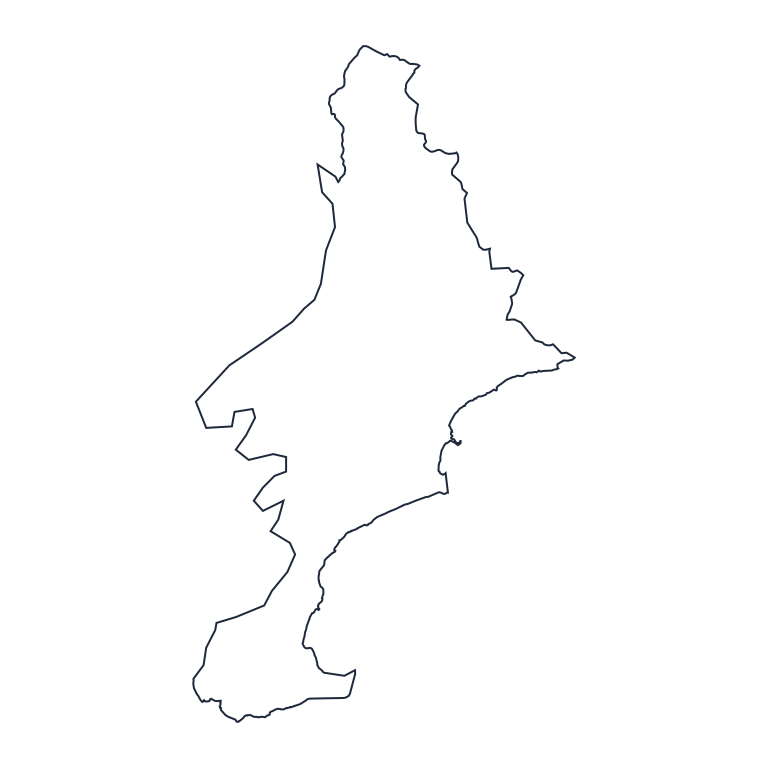 outline of Sekondi Takoradi Metropolis, Western, Ghana
{"feature_id": "2480657B3368374944964", "entity_name": "Sekondi Takoradi Metropolis", "entity_type": "district", "adm_level": 2, "iso_a3": "GHA", "parent_name": "Ghana", "parent_adm1": "Western", "projection": "robinson", "projection_center": [-1.732, 4.961], "detail": "fine", "context": "isolated", "style": "outline", "palette": "slate", "viewbox_px": 768, "rotation_deg": 0, "n_neighbors": 0, "source": "geoboundaries", "source_scale": "gbopen_adm2", "svg_char_len": 6071}
<svg xmlns="http://www.w3.org/2000/svg" viewBox="0 0 768 768"><path d="M419.4,65.7L417.3,64.5L413.3,63.9L410.6,64.0L408.9,63.4L404.7,60.3L403.0,59.7L400.0,60.0L398.4,57.7L396.1,56.4L393.7,56.0L391.4,56.2L390.3,56.7L389.3,56.4L387.3,54.2L386.3,54.3L385.1,55.1L384.2,55.2L375.9,51.2L368.3,46.9L366.2,46.2L364.7,46.1L363.2,46.1L360.1,49.2L359.2,50.5L357.2,55.3L354.3,57.9L348.8,64.3L348.3,66.2L347.0,68.5L345.0,71.2L344.0,75.8L344.5,79.8L344.4,84.3L343.8,86.1L341.5,88.0L338.7,88.9L337.3,90.0L334.7,93.4L332.1,94.7L330.3,96.2L329.6,98.5L329.6,100.5L328.9,103.0L329.1,104.3L330.9,107.7L331.3,113.0L331.8,114.2L334.0,113.9L334.9,114.8L335.1,115.7L334.9,117.1L335.8,118.6L339.1,122.0L343.3,127.1L343.6,129.9L343.3,132.0L342.0,134.3L342.8,140.7L342.0,143.6L342.3,146.0L343.4,148.2L343.5,150.5L342.6,153.8L341.8,154.9L341.4,156.4L341.4,157.3L343.5,160.2L343.7,161.0L343.1,164.1L344.9,167.1L345.2,169.9L344.3,174.2L343.4,174.9L342.2,176.5L340.3,178.0L339.4,180.8L338.2,182.0L335.4,176.6L317.6,164.5L322.1,192.2L332.5,203.8L335.0,227.1L326.0,250.4L320.9,283.8L314.4,299.8L304.1,308.6L292.5,321.7L261.6,343.5L229.4,365.3L195.9,401.7L206.2,427.9L231.9,426.4L234.5,411.9L252.6,409.0L255.1,417.7L246.1,435.2L235.8,449.7L248.7,459.9L273.2,454.1L286.1,457.0L286.1,471.6L274.5,475.9L262.9,487.6L253.8,500.7L262.9,510.9L283.5,500.7L278.3,519.6L270.6,531.2L289.9,542.9L295.1,554.5L287.4,572.0L271.9,590.9L264.2,605.5L235.8,617.1L216.5,622.9L215.2,630.2L206.2,647.7L203.6,665.1L193.6,678.6L193.4,679.0L193.6,680.4L193.3,684.0L194.0,688.2L196.7,693.8L198.4,696.1L200.3,699.7L201.5,701.2L202.3,701.9L203.4,701.5L203.6,700.6L204.1,700.2L204.6,700.9L206.1,701.6L209.3,701.1L210.1,699.3L211.1,698.7L212.1,699.5L212.5,699.5L215.2,701.0L216.5,701.1L220.7,700.8L220.5,701.6L220.7,702.4L220.3,702.9L220.5,703.2L220.3,705.5L219.7,706.3L220.1,707.6L221.0,708.0L220.7,708.8L221.1,710.2L225.0,714.6L226.7,715.9L228.3,716.8L235.4,719.6L236.3,721.3L237.1,721.8L237.8,721.9L238.9,721.1L239.2,721.3L243.0,718.2L244.9,715.9L246.8,715.3L247.2,715.5L247.6,715.1L249.8,715.2L250.4,715.0L254.1,716.9L256.6,716.8L257.4,717.2L259.7,717.2L260.0,716.9L262.3,716.8L265.1,717.2L267.2,715.5L269.5,714.8L269.8,714.0L269.8,712.5L270.7,711.8L272.6,711.1L275.1,709.6L278.1,708.7L279.6,709.1L280.1,709.0L280.5,709.3L284.0,709.3L285.7,708.3L286.9,707.9L287.2,708.2L289.2,707.5L289.6,707.2L290.4,707.0L290.8,707.3L291.1,707.0L291.9,707.0L294.4,705.9L294.7,706.1L295.4,705.7L299.9,704.2L305.0,701.1L307.2,699.4L309.6,698.6L343.4,698.0L345.7,697.6L348.5,696.0L349.8,694.2L355.2,673.8L355.0,670.2L344.4,675.8L324.0,672.7L322.7,671.6L322.0,670.5L319.4,668.5L318.4,667.3L318.0,666.0L317.2,664.9L317.3,663.3L315.8,657.5L314.4,654.7L314.4,654.0L313.8,652.4L311.9,648.7L310.2,647.8L307.5,648.3L305.6,648.2L304.1,646.8L302.6,643.5L303.3,641.6L303.3,640.4L304.6,636.0L304.7,634.5L305.4,631.2L306.0,630.0L306.7,626.4L308.9,620.1L309.5,619.2L309.4,618.4L310.4,616.2L312.2,613.1L313.1,613.1L313.8,612.5L315.6,609.5L317.4,608.9L318.6,610.0L319.3,609.1L318.3,607.6L317.9,606.0L318.4,605.5L318.6,604.0L321.6,601.5L322.2,600.3L322.4,598.8L321.9,598.3L323.4,593.5L323.3,589.2L322.0,587.6L320.6,586.5L319.8,584.4L319.0,582.0L319.1,580.4L318.6,579.9L318.6,576.5L319.5,570.9L324.1,565.1L324.7,560.3L327.7,557.1L328.8,556.4L329.6,555.3L331.0,554.4L331.7,553.5L334.7,551.9L335.3,550.8L334.3,550.4L334.3,549.3L334.7,548.2L337.7,544.5L338.3,543.1L339.5,541.7L339.3,540.3L340.9,539.9L344.1,537.0L346.1,533.8L348.7,532.0L349.6,532.1L350.4,531.4L351.0,531.4L351.5,530.7L352.3,530.8L353.1,530.3L356.9,529.0L357.2,528.4L364.6,524.8L365.3,524.8L366.3,525.4L367.3,525.3L368.0,524.8L368.3,524.1L370.0,523.4L371.4,522.5L373.6,519.8L377.2,517.0L385.2,513.6L389.4,511.5L395.3,509.2L404.7,504.6L408.1,503.8L416.2,500.5L425.7,497.1L428.0,496.9L439.0,492.2L441.1,492.7L443.3,493.8L445.0,493.9L447.5,492.4L447.9,492.5L445.6,473.1L444.5,474.1L443.0,474.7L440.8,473.7L439.8,472.8L439.6,471.8L438.5,470.8L438.7,465.7L439.3,462.5L440.1,461.4L440.5,459.8L440.3,457.5L441.5,450.8L444.1,445.6L445.8,443.3L446.5,443.4L449.1,441.8L449.8,440.8L451.7,441.1L455.7,443.3L457.7,445.1L459.2,444.4L460.6,443.0L460.6,441.0L460.3,441.0L458.9,443.4L455.7,442.4L455.0,440.7L453.9,439.3L451.4,438.7L451.1,437.7L452.4,436.1L450.9,434.1L451.2,432.1L452.2,431.9L451.8,430.1L450.9,429.0L450.4,427.5L449.1,425.5L450.9,421.2L455.2,413.5L457.2,411.8L459.6,408.7L462.0,407.3L463.8,405.9L464.7,406.0L466.0,403.7L468.7,401.6L470.5,400.7L473.0,400.4L474.8,398.5L475.8,398.7L476.6,397.8L478.8,396.4L481.1,396.4L485.5,394.9L487.1,393.1L489.2,392.7L494.0,389.6L496.0,390.5L496.6,390.3L496.9,388.9L496.7,387.7L497.7,386.2L501.3,383.8L506.3,379.9L512.7,377.1L513.9,377.1L517.6,375.7L518.6,375.7L519.4,376.1L522.8,376.0L523.9,375.5L524.5,374.7L527.9,372.7L532.4,372.6L533.5,372.1L535.3,372.0L536.9,372.3L538.9,370.6L540.1,371.5L541.7,371.4L542.6,371.0L552.0,370.5L553.5,369.8L556.4,369.2L558.3,368.5L557.6,367.5L557.4,365.5L557.5,364.1L563.6,360.5L568.0,360.7L572.6,359.6L574.7,357.6L566.6,352.7L561.5,353.2L553.1,344.3L550.0,345.4L546.9,345.2L544.2,344.3L542.5,342.5L535.2,340.4L521.0,322.5L514.2,319.4L514.0,319.6L512.0,319.5L508.7,319.9L506.6,319.7L507.6,314.6L509.6,311.5L512.2,303.7L511.5,299.0L510.7,296.7L513.9,294.9L516.0,293.0L520.9,279.4L523.3,275.2L521.0,273.0L517.2,270.4L512.9,271.9L511.4,271.3L508.7,267.9L491.5,268.8L489.3,251.6L490.0,248.7L485.4,249.8L483.1,249.6L479.4,246.7L477.7,241.6L477.3,239.4L476.4,237.2L467.3,222.6L464.5,198.6L467.0,193.0L462.5,189.1L461.3,183.4L460.6,181.9L452.1,174.5L452.0,171.4L452.5,169.2L457.0,163.1L458.1,161.0L458.3,157.1L457.5,153.9L456.4,152.5L455.2,153.3L449.0,153.9L445.5,153.2L440.9,150.3L439.3,149.9L437.5,150.0L435.0,151.1L432.0,151.8L430.5,151.5L428.8,150.5L425.4,147.9L424.1,146.1L424.0,144.7L425.8,142.4L426.1,141.2L425.0,138.8L424.8,135.0L424.2,134.2L422.5,133.5L418.1,133.0L416.9,131.8L416.2,130.0L415.6,122.6L415.7,117.2L418.0,104.4L409.1,97.0L405.9,92.4L405.5,90.6L405.5,88.7L405.9,88.2L406.1,84.6L406.9,82.5L412.7,74.8L413.2,73.6L414.3,72.8L414.5,70.2L416.2,68.5L418.1,67.3L419.4,65.7Z" fill="none" stroke="#1e293b" stroke-width="2"/></svg>